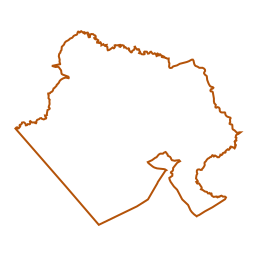 Kibwezi West, Eastern, Kenya (orthographic projection)
{"feature_id": "3690345B25425189689724", "entity_name": "Kibwezi West", "entity_type": "district", "adm_level": 2, "iso_a3": "KEN", "parent_name": "Kenya", "parent_adm1": "Eastern", "projection": "orthographic", "projection_center": [37.912, -2.311], "detail": "fine", "context": "isolated", "style": "outline", "palette": "amber", "viewbox_px": 256, "rotation_deg": 0, "n_neighbors": 0, "source": "geoboundaries", "source_scale": "gbopen_adm2", "svg_char_len": 5730}
<svg xmlns="http://www.w3.org/2000/svg" viewBox="0 0 256 256"><path d="M15.4,128.5L66.1,186.7L98.8,224.8L136.9,206.4L148.0,199.4L157.4,183.2L157.8,182.1L165.4,170.7L166.3,170.2L165.1,169.4L163.9,169.1L157.1,168.4L154.3,167.5L152.8,166.6L148.4,163.1L147.8,162.1L152.0,160.2L155.4,157.7L156.5,157.3L158.7,154.6L160.2,153.7L162.9,153.7L163.8,152.8L165.5,152.0L166.3,152.6L166.7,153.6L167.6,154.4L167.8,155.7L170.1,156.9L170.9,158.1L171.3,159.3L172.0,160.2L174.9,160.8L175.8,160.5L179.1,160.2L180.0,161.2L177.2,162.8L173.1,168.0L173.1,169.8L172.6,170.9L171.1,172.0L170.9,172.7L172.4,173.9L172.3,175.8L169.3,177.9L169.6,179.5L170.6,181.8L173.9,186.5L177.1,189.7L182.2,199.4L188.1,205.0L190.5,210.3L191.9,212.2L193.9,214.2L196.7,216.3L197.0,215.9L199.0,215.1L205.0,211.3L212.4,207.3L225.1,199.2L226.0,197.4L225.0,196.6L222.8,196.6L221.6,195.7L220.3,196.0L219.6,196.8L218.8,196.6L217.7,197.4L217.1,197.2L216.8,196.9L216.9,196.6L216.5,196.5L213.6,196.9L211.8,195.7L211.4,195.0L211.7,194.2L211.4,193.5L210.2,193.8L209.6,193.0L208.8,193.4L208.0,193.4L206.9,191.9L204.9,191.5L202.6,189.9L201.0,189.3L201.7,188.3L201.6,187.3L199.1,183.5L198.6,183.3L197.6,183.6L197.1,183.4L196.3,182.0L197.4,181.7L197.8,181.2L196.0,178.4L196.5,175.2L197.3,173.7L196.8,172.0L196.9,170.6L197.5,169.7L198.1,169.5L199.3,169.4L200.8,170.0L201.8,169.8L201.8,169.4L203.4,167.6L204.6,165.5L204.7,164.4L204.5,163.2L204.7,162.3L205.7,161.5L207.0,159.5L208.2,158.4L209.0,158.1L210.2,157.1L211.2,156.9L212.1,155.4L212.7,155.2L213.7,156.5L214.1,156.4L215.0,155.5L216.9,156.6L217.4,157.2L218.9,157.2L220.0,155.9L220.4,154.7L221.4,155.1L221.8,154.9L222.5,154.2L222.4,153.8L222.9,153.1L224.6,152.4L225.0,152.7L225.5,152.4L225.4,151.4L226.5,150.2L227.7,149.3L228.4,149.8L229.2,149.6L229.5,148.8L230.1,148.4L229.9,148.1L230.0,147.6L230.5,147.5L230.7,146.7L231.4,146.7L233.2,147.4L233.4,147.7L233.9,147.7L234.3,148.1L234.6,147.7L234.8,148.0L235.2,147.3L234.9,146.9L235.8,145.7L235.8,145.0L235.1,144.9L235.1,142.9L234.6,141.6L235.1,140.8L236.1,140.8L236.4,140.5L236.1,139.5L236.4,137.8L235.6,137.4L236.1,135.2L236.9,134.5L238.5,133.9L240.6,132.3L239.2,132.3L238.3,132.8L236.8,132.6L234.7,130.5L232.8,129.3L232.5,128.6L232.3,125.0L231.7,124.4L230.4,124.3L229.6,123.8L229.7,122.9L230.2,122.2L230.0,119.5L230.6,118.2L230.4,117.7L227.4,116.7L226.4,116.0L225.7,115.1L225.3,114.1L225.2,112.9L224.8,112.4L222.0,112.5L220.9,112.2L220.3,111.7L219.8,110.9L219.6,108.6L218.9,107.6L217.7,107.1L216.2,107.7L215.5,107.4L215.4,106.7L215.8,104.8L214.3,103.2L213.9,101.4L213.9,98.5L212.8,92.2L212.3,91.6L210.7,91.3L210.4,90.5L210.8,89.4L212.8,88.5L213.4,87.8L212.9,87.2L211.1,86.7L209.9,85.9L208.6,83.6L207.2,79.9L206.8,76.4L206.6,75.9L205.1,74.8L204.1,73.5L204.1,72.6L205.1,70.9L205.0,69.8L204.2,68.7L202.6,67.8L199.3,67.8L197.6,66.7L195.5,65.9L194.8,65.1L194.2,63.8L193.5,60.6L192.8,59.6L191.6,59.7L188.9,61.2L186.8,62.0L179.8,63.8L177.0,65.4L173.2,66.4L171.8,67.8L170.2,68.0L169.5,67.6L169.1,66.6L169.4,63.2L168.9,62.3L168.6,60.4L168.7,58.5L167.1,58.6L166.1,58.0L165.3,58.0L164.4,56.9L163.4,57.4L161.8,57.0L161.7,56.5L162.4,55.9L161.0,55.3L160.3,54.3L159.6,54.3L159.0,55.4L158.7,55.4L158.1,54.0L157.6,53.5L157.2,53.6L156.8,54.1L156.9,54.5L157.3,54.6L157.3,54.9L156.9,56.0L156.6,56.1L156.2,54.8L155.1,53.5L154.6,53.3L153.9,53.8L153.0,53.9L152.5,53.6L151.0,51.7L150.3,51.9L149.3,53.3L148.0,53.7L146.8,51.7L144.9,51.6L144.5,51.6L144.0,52.2L144.7,53.9L144.5,54.2L143.6,54.4L141.7,54.2L140.6,53.1L139.9,53.4L139.1,53.1L140.0,51.5L139.2,50.6L139.1,49.4L138.1,49.1L137.3,49.7L137.0,49.6L135.3,47.4L135.1,46.7L134.6,46.8L134.8,47.9L134.0,49.8L132.4,50.8L131.9,51.4L131.8,52.2L131.2,52.4L130.7,52.1L129.0,50.1L129.2,49.2L128.9,48.5L128.6,48.3L127.8,48.7L127.1,48.7L126.5,48.4L125.4,47.1L125.0,47.1L124.2,47.5L123.8,45.7L123.0,45.5L122.7,45.2L121.7,45.4L120.7,44.9L120.2,45.3L120.8,46.4L120.3,46.9L119.3,46.5L119.2,45.0L117.0,45.4L115.2,45.1L114.6,45.4L114.9,47.0L114.1,48.2L113.7,48.3L112.6,47.5L109.4,49.9L107.9,50.3L107.6,49.9L107.3,46.9L106.2,46.0L106.6,44.9L105.8,45.0L105.5,46.0L104.8,45.8L104.7,45.3L103.9,45.0L103.4,44.2L101.4,45.3L101.4,44.3L100.7,42.5L100.3,42.2L100.0,42.4L99.9,43.1L97.1,42.6L97.2,41.6L98.2,41.1L98.3,40.3L96.7,39.2L96.2,39.0L95.4,39.3L94.5,38.6L94.3,38.1L95.1,38.0L95.8,37.1L95.5,35.8L95.2,35.5L94.7,35.6L93.2,34.2L91.2,34.0L90.1,35.0L89.9,37.0L89.0,37.3L88.5,36.8L89.1,35.8L88.9,35.5L88.3,35.5L87.8,34.7L88.7,34.0L87.7,32.6L86.4,32.8L85.5,33.3L84.9,32.5L84.1,32.1L83.7,32.2L83.8,33.1L83.1,32.7L81.3,31.2L80.9,31.3L80.2,32.2L79.4,32.5L78.8,31.7L78.2,31.6L77.7,32.2L77.2,34.1L76.6,34.8L75.3,35.1L73.7,35.9L72.3,37.7L70.1,38.6L68.5,40.1L65.9,41.5L65.2,42.2L64.4,43.4L64.1,44.5L61.8,46.8L61.5,50.0L60.6,51.3L60.3,52.7L59.4,53.6L59.1,54.4L58.8,56.3L59.7,59.7L59.5,61.7L59.8,62.5L59.7,63.4L60.1,63.7L60.1,64.2L51.9,65.9L55.5,67.0L57.8,66.8L58.7,67.1L61.1,70.4L61.5,73.4L61.8,74.0L62.7,74.6L68.4,76.7L68.8,77.9L68.6,78.2L66.4,77.7L65.1,77.7L63.3,78.3L61.2,79.5L59.8,80.8L58.6,83.1L57.6,83.9L57.5,84.4L56.7,84.9L56.5,85.8L54.3,88.1L53.6,88.4L52.8,90.7L51.9,91.7L50.4,92.5L50.0,93.2L48.2,93.5L48.3,94.8L48.7,95.2L48.5,98.2L49.7,99.8L49.4,100.9L49.6,104.1L48.7,106.9L48.7,107.2L49.6,108.1L49.7,108.7L48.8,109.5L47.5,110.1L46.8,114.3L47.0,115.0L45.8,115.6L45.0,115.5L45.3,116.8L46.2,117.5L46.1,118.4L43.8,119.4L42.0,118.9L41.3,118.1L40.0,118.3L39.2,119.1L37.3,119.8L37.0,120.1L36.2,121.7L36.4,122.4L36.1,123.2L35.2,123.1L34.8,122.4L32.1,122.5L30.3,121.1L29.9,121.4L30.3,122.7L29.9,124.1L29.5,124.3L27.8,124.1L27.0,125.1L26.2,125.3L25.8,125.3L25.5,123.8L24.3,122.5L23.5,122.3L22.0,122.6L21.9,123.5L21.2,124.4L19.9,124.8L19.6,125.2L20.2,126.0L20.2,126.5L18.7,128.3L18.3,128.4L17.9,127.5L17.5,127.4L16.9,128.2L16.3,127.6L15.4,128.5Z" fill="none" stroke="#b45309" stroke-width="2"/></svg>